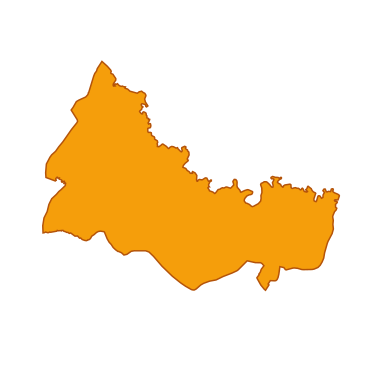 the district of Huai Thap Than, Si Sa Ket, Thailand, rotated 110°
{"feature_id": "78962969B1477833386417", "entity_name": "Huai Thap Than", "entity_type": "district", "adm_level": 2, "iso_a3": "THA", "parent_name": "Thailand", "parent_adm1": "Si Sa Ket", "projection": "mercator", "projection_center": [104.011, 15.032], "detail": "fine", "context": "isolated", "style": "filled", "palette": "amber", "viewbox_px": 384, "rotation_deg": 110, "n_neighbors": 0, "source": "geoboundaries", "source_scale": "gbopen_adm2", "svg_char_len": 6063}
<svg xmlns="http://www.w3.org/2000/svg" viewBox="0 0 384 384"><g transform="rotate(110 192 192)"><path d="M226.8,60.6L223.7,52.6L222.6,50.8L219.8,47.8L217.0,46.5L213.3,45.8L209.1,45.6L203.8,46.6L194.2,47.3L192.0,47.3L183.2,46.1L178.4,46.5L174.3,48.5L170.4,49.5L167.2,51.3L166.0,51.5L161.7,51.3L159.6,50.4L157.7,50.4L157.3,51.8L154.6,52.9L152.5,52.0L151.7,52.0L151.4,52.7L151.8,54.4L151.3,55.2L150.7,55.2L150.3,54.8L149.5,52.1L145.2,52.2L144.7,52.6L144.2,54.2L144.0,58.0L143.5,59.6L142.8,60.2L141.7,59.9L140.8,60.6L141.0,61.4L141.7,62.1L144.2,61.9L144.7,64.0L145.7,65.0L145.8,65.7L145.4,66.3L143.7,67.8L144.0,68.9L145.8,69.5L146.1,69.3L147.2,67.4L149.9,67.8L152.4,67.1L153.6,68.2L152.1,70.2L152.0,71.1L152.4,72.0L153.3,72.2L157.8,71.9L158.2,72.3L158.6,72.2L158.8,73.0L158.5,74.3L156.9,75.1L150.9,75.3L150.6,75.9L150.4,78.0L149.5,79.7L148.1,81.1L146.9,84.9L147.4,85.2L149.7,85.2L150.9,85.9L151.2,85.7L151.9,83.6L152.2,83.6L152.9,84.4L153.1,86.7L150.9,88.9L150.7,89.7L151.2,90.0L152.3,90.1L152.9,90.9L152.1,93.1L152.6,94.8L152.5,96.1L153.4,97.8L154.1,98.4L154.4,99.3L154.0,100.4L151.4,101.5L151.1,102.6L153.6,107.1L154.9,108.1L155.9,107.9L156.4,108.5L155.7,110.3L154.6,111.3L154.3,112.5L154.3,113.5L153.7,115.0L152.7,115.1L150.4,114.1L149.0,112.7L148.2,112.7L147.8,113.0L147.8,113.5L149.2,114.6L148.9,116.2L149.7,118.7L149.8,121.5L151.0,122.6L151.8,122.7L152.4,121.7L151.8,120.1L152.0,119.4L152.6,119.2L155.8,119.6L157.9,118.1L159.6,117.6L160.1,118.2L160.1,119.0L158.4,121.7L157.1,124.7L157.0,125.7L157.7,127.7L159.1,128.7L160.3,130.0L161.7,130.0L164.4,127.8L168.6,126.1L171.8,126.0L174.3,124.9L177.1,124.4L180.3,125.7L184.3,129.2L185.1,130.2L185.1,131.2L184.1,133.7L183.8,136.5L184.0,137.6L182.7,139.7L181.9,140.1L180.1,140.2L177.0,139.1L175.2,137.4L174.3,135.8L173.3,134.9L171.9,134.8L170.9,135.3L170.6,139.6L170.9,140.8L172.5,142.9L175.5,145.9L175.5,146.3L174.1,147.5L172.1,151.0L170.7,151.9L167.3,153.0L166.1,153.8L165.3,155.1L165.7,156.6L167.3,157.1L168.4,157.1L169.4,156.2L171.2,155.2L174.6,156.7L175.3,157.3L175.4,161.0L175.8,161.9L177.3,163.3L177.6,164.9L179.0,166.3L179.6,166.5L180.8,168.3L184.7,169.5L185.6,170.1L184.9,172.4L184.9,176.0L183.9,176.9L182.7,178.5L181.5,178.1L181.2,177.4L180.6,178.3L179.5,178.9L176.4,178.7L175.0,177.6L174.2,177.9L174.4,178.6L175.9,179.3L176.2,179.9L176.0,180.5L173.9,182.8L174.0,183.9L174.5,184.6L176.8,186.3L177.3,187.3L177.7,189.4L178.9,190.4L180.0,190.4L180.2,190.9L179.1,191.9L174.8,193.1L173.0,195.6L172.6,198.4L173.4,198.6L174.3,198.0L175.0,200.0L173.9,201.6L173.4,203.9L172.0,205.9L171.9,209.0L170.6,209.2L169.7,209.1L167.3,208.2L164.2,206.4L163.4,206.4L163.4,206.9L162.6,207.8L158.2,207.4L155.6,208.6L154.9,210.1L154.1,210.6L153.5,212.8L152.8,213.3L152.1,213.0L151.6,213.3L151.6,214.6L153.7,216.7L154.4,216.7L156.6,215.3L157.7,215.5L157.9,215.8L157.9,216.3L156.2,219.9L155.3,220.8L156.2,222.0L155.8,224.8L156.1,226.6L157.2,227.8L158.8,228.5L159.2,229.1L157.9,231.7L156.9,235.8L157.3,236.4L158.8,237.2L160.8,238.6L161.1,240.1L159.8,240.4L158.6,241.3L157.0,241.2L155.7,242.2L155.1,245.2L153.7,245.7L153.1,246.3L152.7,249.3L150.3,250.5L150.2,251.6L150.9,253.4L150.3,254.2L147.5,255.3L147.1,255.1L145.9,253.3L144.9,253.1L143.4,253.5L142.1,254.4L142.1,255.1L143.0,256.0L142.2,256.9L139.2,256.5L138.2,256.6L138.2,257.0L138.7,257.7L137.8,258.2L137.7,259.8L135.9,260.4L135.5,261.2L134.2,261.8L133.4,262.6L133.2,264.3L133.4,265.2L134.2,265.5L135.4,265.2L135.7,265.7L135.6,266.7L134.4,268.8L133.7,268.8L131.7,267.6L130.1,267.8L128.9,267.2L128.6,267.4L128.5,268.6L128.0,269.1L127.4,269.6L126.4,269.4L126.1,269.1L125.8,266.2L126.2,265.5L127.4,264.6L127.6,263.8L126.2,262.9L123.3,266.6L120.8,268.3L117.3,268.2L116.4,268.8L115.4,270.1L115.1,272.3L114.5,273.8L115.9,275.9L117.9,277.2L118.5,284.8L117.3,287.7L117.4,290.3L117.2,290.6L116.0,290.5L116.4,292.2L116.3,293.7L116.9,294.5L117.0,295.7L116.7,297.3L115.7,299.1L116.7,299.9L116.6,300.7L116.8,301.2L117.9,301.5L118.6,300.5L119.3,302.0L118.5,302.7L117.2,302.9L112.9,301.9L111.5,302.4L108.4,306.6L108.3,308.7L107.9,309.1L106.2,309.2L105.2,310.2L102.8,314.6L100.1,321.3L108.4,323.2L111.1,323.1L113.8,323.9L116.8,324.0L133.7,323.1L134.5,323.4L135.0,323.1L136.5,323.3L139.1,324.4L144.4,329.8L146.6,331.6L153.2,332.7L156.3,333.6L163.3,324.6L164.7,323.7L166.1,323.8L174.4,326.6L189.0,330.5L195.2,332.7L200.4,334.1L205.1,336.6L208.0,337.4L215.5,338.4L224.0,336.1L228.3,334.2L228.4,324.3L227.8,324.2L227.5,323.6L227.3,323.6L226.7,324.4L226.1,324.6L224.3,323.9L224.2,323.4L224.9,322.6L224.2,321.4L225.3,321.2L225.3,318.7L226.0,318.2L226.1,317.5L226.8,318.2L227.2,317.9L227.2,317.3L225.6,315.8L226.0,315.3L227.8,315.3L227.7,314.9L226.7,314.5L227.0,313.7L227.8,313.8L228.7,313.3L229.6,313.4L234.9,316.0L237.1,317.3L240.6,318.6L246.3,321.5L250.4,322.0L252.7,322.2L259.9,321.4L267.0,322.2L274.7,320.7L281.4,318.0L280.8,316.9L279.7,315.9L279.6,313.6L279.1,312.7L278.3,312.1L278.2,311.1L276.0,307.3L275.0,305.6L274.2,305.5L274.1,304.1L273.2,302.4L273.3,301.5L272.5,301.1L272.5,300.5L272.2,300.0L272.7,299.1L272.6,297.2L272.8,296.1L272.4,294.5L272.9,293.2L272.0,292.0L273.5,286.9L272.5,284.4L273.7,282.2L273.8,281.7L273.3,280.9L274.2,279.0L274.2,276.3L273.9,274.7L273.2,273.8L272.4,273.4L272.3,272.7L271.4,272.0L270.4,271.5L267.8,271.1L265.5,269.4L262.7,267.9L261.3,266.7L260.1,264.7L259.4,261.1L259.7,260.5L265.0,255.7L267.6,252.6L268.9,250.0L271.1,247.1L272.4,244.1L273.2,241.3L273.0,240.6L273.2,237.5L274.5,234.4L272.8,231.8L268.5,228.8L267.0,226.2L263.1,215.4L263.1,211.9L265.6,206.2L272.0,194.8L277.9,181.6L281.3,171.5L282.8,165.7L283.9,159.2L283.7,157.4L283.2,156.2L281.7,154.9L276.4,152.0L273.8,149.8L269.7,144.9L266.4,139.3L260.8,133.9L254.5,126.7L250.7,122.9L249.4,122.0L237.8,116.6L236.7,108.2L235.0,103.4L235.3,101.7L236.7,99.2L241.0,100.5L244.0,100.4L246.3,101.1L246.7,100.6L250.3,101.7L250.9,101.3L255.9,95.5L258.7,90.8L259.2,89.3L253.0,87.9L252.4,89.0L248.5,88.1L247.1,83.7L246.5,82.8L245.2,82.1L242.8,81.9L239.5,82.3L232.1,83.9L231.6,79.8L233.0,77.7L233.0,76.9L229.0,71.2L228.4,69.9L227.6,66.7L227.3,62.3L226.8,60.6Z" fill="#f59e0b" stroke="#b45309" stroke-width="1.5"/></g></svg>